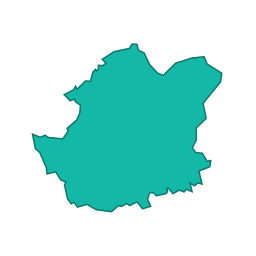 Demir Kapija, Demir Kapija, North Macedonia, rotated 17°
{"feature_id": "65306769B1402835444879", "entity_name": "Demir Kapija", "entity_type": "district", "adm_level": 2, "iso_a3": "MKD", "parent_name": "North Macedonia", "parent_adm1": "Demir Kapija", "projection": "equal_earth", "projection_center": [22.242, 41.393], "detail": "fine", "context": "isolated", "style": "filled", "palette": "teal", "viewbox_px": 256, "rotation_deg": 17, "n_neighbors": 0, "source": "geoboundaries", "source_scale": "gbopen_adm2", "svg_char_len": 1231}
<svg xmlns="http://www.w3.org/2000/svg" viewBox="0 0 256 256"><g transform="rotate(17 128 128)"><path d="M199.9,96.0L192.6,82.5L203.0,56.9L201.6,48.2L185.0,43.7L179.9,37.6L168.7,42.4L154.7,52.0L146.3,67.5L139.9,66.7L130.0,60.9L121.4,51.4L115.3,50.7L112.1,45.3L107.3,46.6L106.2,51.4L92.4,59.1L83.3,69.8L87.9,72.5L85.6,75.8L81.3,76.7L82.6,80.4L81.3,82.7L79.8,81.4L78.0,85.0L78.5,94.3L73.7,95.4L67.9,105.9L65.7,103.4L64.8,107.3L57.3,114.8L64.8,118.9L68.4,116.0L70.0,118.2L75.8,120.1L77.6,128.0L76.6,135.3L69.9,146.1L71.6,148.7L68.8,157.5L54.0,160.4L51.0,159.1L46.8,162.5L38.5,161.8L45.4,174.7L50.9,177.4L61.6,189.9L63.9,195.6L71.7,191.1L78.9,197.4L84.5,197.8L83.9,201.1L91.2,213.7L95.9,217.1L98.1,214.8L102.9,218.4L111.1,213.0L121.4,215.4L136.6,212.9L141.6,205.1L144.7,204.9L148.8,200.6L152.3,201.7L158.3,196.0L165.5,201.0L172.6,196.3L167.6,190.6L167.6,183.5L171.1,182.5L174.9,184.5L183.5,179.7L184.5,177.1L182.8,174.5L184.0,173.6L190.2,177.7L195.0,172.5L200.3,172.8L201.7,169.6L207.9,170.1L203.4,162.6L208.8,163.8L210.7,160.1L215.2,160.0L208.4,148.4L217.5,141.2L216.8,135.1L216.0,135.0L213.5,136.8L206.4,130.4L199.9,131.7L195.3,128.1L196.8,119.9L193.3,107.8L199.9,96.0Z" fill="#14b8a6" stroke="#0f766e" stroke-width="1.5"/></g></svg>